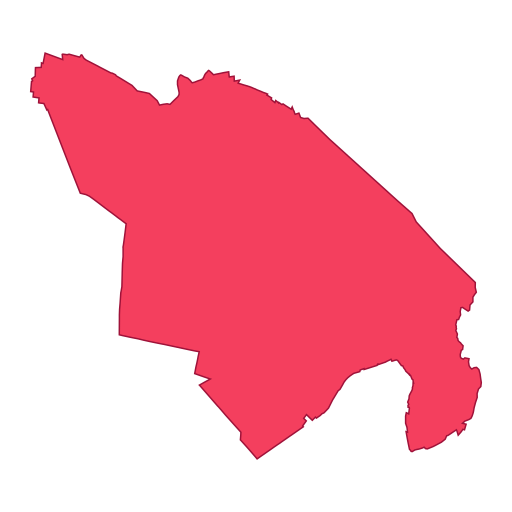 outline of Villa Aldama, Veracruz, Mexico
{"feature_id": "50627088B40977064130086", "entity_name": "Villa Aldama", "entity_type": "district", "adm_level": 2, "iso_a3": "MEX", "parent_name": "Mexico", "parent_adm1": "Veracruz", "projection": "equal_earth", "projection_center": [-97.198, 19.651], "detail": "fine", "context": "isolated", "style": "filled", "palette": "rose", "viewbox_px": 512, "rotation_deg": 0, "n_neighbors": 0, "source": "geoboundaries", "source_scale": "gbopen_adm2", "svg_char_len": 5414}
<svg xmlns="http://www.w3.org/2000/svg" viewBox="0 0 512 512"><path d="M119.3,334.8L122.6,335.6L128.2,336.8L128.5,336.9L134.0,338.0L138.1,338.8L143.8,340.2L149.7,341.5L155.5,342.7L162.5,344.1L162.8,344.1L170.7,345.8L176.8,347.1L178.8,347.5L179.2,347.6L182.4,348.3L188.5,349.6L194.7,350.9L199.2,351.7L199.1,352.2L198.0,357.2L197.9,358.0L196.9,362.9L195.9,367.2L195.2,371.0L194.7,373.6L204.1,376.9L210.3,379.0L208.2,380.2L204.7,382.1L199.4,385.1L199.7,385.4L217.9,406.3L218.1,406.4L223.1,412.2L225.3,414.8L233.8,424.3L240.9,432.2L240.8,434.6L240.4,439.9L240.9,440.4L246.5,446.6L249.4,449.9L252.5,453.5L256.3,457.9L257.1,458.9L260.5,456.5L270.6,449.5L274.4,446.8L277.9,444.4L279.9,443.1L281.8,441.7L285.7,439.0L289.7,436.2L291.2,435.2L303.3,426.8L302.9,426.4L302.6,426.0L306.3,420.9L303.7,418.4L306.5,414.6L309.2,417.3L312.3,420.3L315.4,417.1L316.4,418.1L320.2,415.5L322.0,413.7L323.9,412.9L324.9,411.9L328.5,408.1L332.6,399.9L333.6,398.3L338.1,390.8L340.0,389.3L342.6,384.8L344.0,382.2L345.8,379.8L347.7,377.8L350.0,375.9L352.3,374.3L353.9,373.3L358.6,372.0L359.8,371.6L359.9,371.2L360.0,370.9L360.2,370.0L364.0,368.6L364.1,369.5L377.1,365.4L377.6,364.1L377.9,364.0L378.0,364.0L377.9,364.7L384.0,362.6L385.3,362.2L387.1,361.2L389.9,359.9L391.0,359.3L391.9,361.2L393.7,360.7L394.2,360.5L396.4,359.9L396.6,360.0L397.2,360.3L397.7,360.5L401.4,365.6L402.8,365.9L403.6,367.7L404.1,368.4L405.1,369.7L405.8,371.2L408.5,373.7L409.4,374.8L409.5,374.4L410.1,375.1L410.7,375.8L412.0,379.1L412.9,379.7L413.5,382.8L413.1,382.6L413.0,385.5L412.3,388.0L412.5,388.8L411.8,390.7L409.9,394.2L409.2,395.9L409.0,398.7L407.7,402.1L408.7,404.3L408.0,405.5L408.1,407.3L409.2,407.4L409.4,408.2L408.7,413.9L406.8,412.9L406.3,412.7L405.6,416.1L405.6,420.7L405.6,423.3L406.9,427.1L407.1,428.3L407.5,432.2L406.1,431.7L407.2,437.9L408.2,443.2L409.5,449.4L410.4,450.2L411.1,451.4L412.2,451.6L414.8,450.0L416.7,449.5L419.2,449.0L422.4,448.0L424.1,447.2L425.5,448.6L427.3,448.9L433.0,446.6L435.2,445.5L441.4,442.2L445.2,439.2L446.5,436.1L446.7,435.7L447.8,435.5L450.0,434.1L453.1,432.0L456.4,429.8L457.0,431.2L458.2,435.2L461.1,431.9L462.9,429.3L464.5,429.8L466.1,424.2L462.5,423.3L464.9,421.1L468.8,419.6L470.2,418.8L470.8,418.5L471.3,417.7L472.2,415.8L473.2,412.7L473.5,411.3L474.1,407.8L474.5,406.3L475.5,402.5L477.2,397.4L477.1,393.6L478.5,389.0L479.8,387.6L480.8,386.6L481.3,382.6L480.7,378.7L480.1,374.1L478.9,369.6L476.6,367.4L474.1,367.7L471.8,369.0L470.3,367.7L469.1,365.7L468.5,361.8L469.0,358.7L464.8,357.9L463.4,359.1L461.3,358.3L460.4,357.0L460.2,354.6L461.2,350.7L461.2,350.3L461.4,350.2L462.6,349.5L463.1,345.8L461.3,343.9L460.7,343.1L460.5,342.7L460.2,342.5L459.6,342.2L458.1,340.6L457.7,338.3L456.8,337.5L457.4,334.1L456.5,332.0L456.2,331.5L455.8,330.3L456.5,328.8L456.1,327.1L456.3,326.1L455.7,325.0L456.9,319.7L458.6,319.5L459.5,317.0L460.6,314.9L460.2,311.6L460.9,307.7L462.6,307.4L464.4,308.7L464.9,309.0L468.1,311.1L469.6,310.0L469.6,309.6L470.0,305.0L472.9,301.9L472.9,297.2L474.5,294.6L476.3,292.3L475.2,287.4L475.3,283.6L475.3,282.5L440.3,248.5L416.2,221.9L412.0,213.5L410.6,212.3L397.3,200.6L329.8,139.5L314.4,124.5L308.0,118.2L304.0,118.5L300.6,117.5L298.9,113.1L297.1,113.7L295.2,114.3L294.5,112.8L294.1,111.4L293.2,109.7L292.2,107.0L291.2,109.2L286.3,106.1L283.9,104.5L283.2,104.1L283.0,103.9L281.9,104.6L278.8,102.4L278.6,102.9L278.1,102.4L277.7,102.1L275.7,100.5L274.9,102.6L271.1,99.5L271.6,97.9L266.9,95.1L267.6,94.1L266.1,93.4L263.8,92.6L263.7,92.6L261.4,91.6L260.4,91.2L260.2,91.1L258.7,90.5L257.6,90.1L256.3,89.5L254.9,88.8L254.2,88.6L251.5,87.4L249.1,86.5L248.9,86.5L247.2,85.9L246.7,85.8L244.7,85.2L244.3,85.1L242.3,84.5L241.5,84.2L238.3,83.3L238.1,83.2L239.0,81.4L239.7,80.1L236.1,80.8L235.9,80.8L234.3,81.1L234.1,76.2L231.3,76.6L229.3,77.0L229.2,76.7L228.7,71.8L226.3,72.2L223.9,72.6L221.5,73.1L219.2,73.6L217.1,74.0L216.5,74.1L214.2,74.6L213.7,74.7L213.4,74.7L212.6,73.8L211.1,72.4L209.7,71.1L208.7,70.4L208.0,70.9L207.2,71.9L206.4,72.7L206.2,72.9L205.8,73.2L205.3,73.9L204.6,75.1L204.1,76.3L203.8,77.2L203.4,77.6L203.0,78.8L201.8,79.4L200.8,79.9L199.7,80.3L198.3,80.7L196.3,81.5L194.8,82.1L192.9,82.6L192.2,82.8L191.7,82.4L191.0,81.5L190.4,80.7L189.5,79.8L187.8,78.2L184.4,76.9L182.2,75.6L180.8,74.9L179.9,75.5L178.8,77.1L177.5,80.9L177.5,84.6L178.3,88.5L179.1,92.4L179.1,94.4L178.4,95.8L178.0,96.6L173.9,100.5L170.0,104.4L167.2,103.8L163.2,104.3L159.5,105.1L157.2,100.7L149.4,93.5L145.1,92.5L137.2,90.9L132.0,85.4L126.9,82.3L120.7,78.5L116.3,75.9L115.8,75.2L115.6,74.8L112.4,73.2L110.8,72.9L98.5,66.5L98.4,66.4L86.2,60.1L84.0,58.4L81.9,55.0L81.2,54.9L79.7,57.1L77.4,56.5L69.1,54.2L67.1,54.7L62.8,54.1L62.2,54.4L62.7,59.6L45.1,53.1L43.1,63.4L41.8,63.0L41.5,62.9L41.5,63.6L41.2,67.4L35.5,67.6L35.4,69.2L35.2,76.3L31.8,78.8L32.6,80.8L31.5,81.6L31.5,82.4L31.4,83.0L30.7,91.6L33.5,92.0L33.1,97.0L34.3,97.2L36.9,97.6L39.0,97.9L38.9,99.2L38.8,100.3L38.6,102.8L39.6,103.0L43.1,103.4L43.3,103.5L43.9,103.5L46.8,109.9L47.1,109.6L47.6,109.4L69.9,166.9L80.3,193.2L86.0,194.6L89.4,196.2L93.7,199.3L101.6,205.3L105.4,208.2L108.7,210.7L111.6,212.8L114.5,215.0L118.0,217.7L120.2,219.3L126.2,223.8L126.1,224.1L125.1,232.4L124.0,240.8L123.4,245.1L123.0,247.2L123.1,247.8L123.1,256.3L123.1,256.7L122.5,263.3L122.3,269.9L122.2,273.3L122.2,274.0L121.9,286.7L121.2,290.8L120.8,292.8L120.1,303.2L119.6,309.1L119.4,314.7L119.4,315.4L119.4,318.1L119.3,332.9L119.3,334.8Z" fill="#f43f5e" stroke="#9f1239" stroke-width="1.5"/></svg>